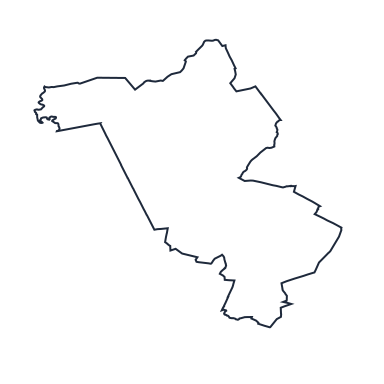 Daukstu pag., Gulbene, Latvia (Natural Earth projection), rotated 170°
{"feature_id": "27541924B23871708016043", "entity_name": "Daukstu pag.", "entity_type": "district", "adm_level": 2, "iso_a3": "LVA", "parent_name": "Latvia", "parent_adm1": "Gulbene", "projection": "natural_earth1", "projection_center": [26.741, 57.077], "detail": "fine", "context": "isolated", "style": "outline", "palette": "slate", "viewbox_px": 384, "rotation_deg": 170, "n_neighbors": 0, "source": "geoboundaries", "source_scale": "gbopen_adm2", "svg_char_len": 5770}
<svg xmlns="http://www.w3.org/2000/svg" viewBox="0 0 384 384"><g transform="rotate(170 192 192)"><path d="M318.9,321.5L319.3,321.0L319.6,320.6L319.7,319.7L319.3,318.5L319.2,317.8L319.2,317.1L319.4,316.7L319.7,316.4L321.2,315.5L322.5,315.0L324.2,313.6L324.6,313.2L325.0,312.3L324.9,311.7L323.5,309.6L323.4,309.3L323.4,308.9L323.5,308.5L323.8,308.3L324.5,308.0L325.8,307.8L326.4,307.6L327.3,307.1L327.5,306.8L327.4,306.4L326.4,305.2L325.5,304.5L323.9,303.9L322.7,302.9L322.6,302.7L322.6,302.4L322.8,302.0L324.3,301.2L326.4,299.6L327.3,299.6L329.2,299.7L330.1,300.2L330.7,300.3L332.1,300.2L332.9,299.9L333.0,299.6L332.8,299.3L332.8,298.2L331.9,297.2L331.7,296.6L331.7,296.4L331.9,296.1L332.0,295.9L332.0,295.7L331.9,295.6L331.1,295.0L331.5,292.4L331.4,290.6L331.4,289.4L331.2,288.8L330.2,287.3L329.9,286.8L328.7,286.2L327.9,286.1L327.5,286.1L327.2,286.2L327.8,287.2L328.2,287.6L329.4,288.4L329.5,288.7L329.4,288.9L329.1,289.1L328.4,289.6L328.2,289.9L327.9,290.7L326.9,291.0L326.0,291.2L324.9,291.2L323.1,291.0L322.5,290.8L322.1,290.5L322.0,289.4L321.7,288.8L321.2,288.5L320.0,288.0L319.6,288.3L319.5,288.6L319.7,289.1L319.9,289.4L319.8,289.6L319.5,290.0L319.1,290.2L317.9,290.7L317.0,290.7L315.7,290.1L313.6,289.7L313.2,289.5L313.0,289.3L313.0,288.9L313.1,288.7L313.5,288.1L314.0,287.9L315.6,287.4L316.0,287.2L316.9,286.8L317.2,286.6L317.4,286.2L315.8,284.6L315.4,284.3L314.9,283.7L314.4,283.5L312.6,283.2L312.2,283.0L311.9,282.5L311.8,281.7L312.0,279.9L311.7,279.4L311.5,278.3L311.4,278.0L311.5,277.3L312.1,276.3L312.4,276.0L312.8,275.8L313.3,275.6L314.5,275.5L314.6,275.3L277.2,275.7L276.8,275.7L273.6,275.7L270.4,275.6L270.5,275.5L269.2,271.0L267.1,263.9L267.1,263.7L266.2,260.8L266.1,260.7L257.1,231.1L257.2,230.9L253.1,217.4L253.1,217.2L252.9,217.1L249.6,206.2L249.2,205.3L249.0,204.5L248.9,204.1L245.9,194.2L244.9,191.3L242.5,183.3L241.9,181.6L240.6,177.2L240.4,177.0L235.6,161.4L232.4,161.4L228.9,161.0L222.2,160.5L223.9,155.8L224.0,155.7L225.4,152.3L227.2,147.3L225.1,145.2L225.1,144.9L223.5,143.2L222.8,142.7L223.4,138.1L218.0,138.9L212.4,133.1L198.0,126.8L200.2,124.6L199.7,122.5L197.9,121.8L188.2,118.9L186.0,118.1L185.5,118.2L185.1,118.5L183.5,120.2L183.2,120.6L181.4,122.2L181.1,122.4L174.7,124.3L173.3,125.0L172.3,123.5L171.9,122.5L171.7,121.9L171.8,119.9L171.4,116.2L171.3,115.4L171.2,115.4L171.2,113.6L171.4,113.5L171.6,112.9L171.7,112.6L172.0,112.1L173.1,111.3L173.6,110.9L173.4,110.8L175.3,109.8L177.3,108.5L177.7,108.1L178.8,106.6L176.1,104.5L174.7,102.7L175.0,99.8L170.9,98.7L165.6,97.5L167.2,94.3L167.8,92.9L168.7,91.2L174.9,82.5L174.6,82.4L178.5,76.7L180.2,74.4L180.2,73.9L180.5,73.7L181.1,73.0L181.3,73.0L183.2,70.3L181.2,70.6L179.5,69.7L179.0,69.5L178.9,69.3L178.9,69.1L179.6,68.8L180.6,68.1L180.8,67.8L181.4,66.9L181.2,66.6L181.4,66.3L181.4,66.1L181.1,65.6L179.6,64.9L179.3,64.5L178.9,64.1L178.4,64.1L177.7,63.5L177.1,62.3L176.9,61.7L176.1,61.3L174.4,60.7L173.5,60.7L171.9,60.0L171.4,59.7L170.9,59.0L170.7,58.9L170.4,58.9L169.0,58.2L167.8,58.6L167.2,59.2L165.8,59.2L161.7,59.6L154.7,58.5L155.5,57.1L151.3,54.3L149.3,51.7L149.7,50.8L143.9,47.7L140.8,46.2L139.0,45.3L138.4,45.3L130.6,52.1L126.1,53.6L125.4,56.2L125.5,56.4L124.7,62.6L121.1,63.3L113.7,64.5L117.2,66.2L121.3,67.9L117.7,68.6L117.4,69.4L116.6,73.3L117.8,75.6L117.8,76.0L119.7,79.3L119.7,80.9L119.8,81.0L119.7,81.3L119.7,86.6L114.4,87.7L106.1,88.9L96.9,90.0L92.3,90.7L86.5,91.4L85.4,91.5L84.8,92.3L83.7,93.8L81.0,97.8L79.2,100.5L70.9,106.4L69.1,107.7L68.0,108.5L67.6,108.6L66.0,109.8L62.8,113.5L55.0,122.5L51.5,128.6L51.5,129.9L51.0,130.9L58.4,136.8L63.7,140.5L66.8,143.0L69.8,145.2L75.0,148.9L72.9,150.6L72.1,151.8L71.9,152.3L71.4,152.6L70.9,153.0L71.2,153.4L70.6,153.9L70.2,155.0L69.9,155.4L69.4,155.6L68.4,155.8L70.1,157.3L71.4,158.4L72.4,159.3L75.2,161.7L79.9,165.3L83.7,168.4L87.3,171.0L91.6,174.5L89.0,179.9L89.9,179.9L92.7,180.5L93.0,180.7L93.7,180.5L94.1,180.6L94.3,180.7L94.2,180.9L95.4,180.9L97.2,181.0L97.6,181.2L99.4,180.9L101.6,180.7L102.9,181.2L107.9,183.4L111.2,184.6L122.4,189.6L129.9,192.6L132.2,193.1L138.2,193.7L143.4,197.8L142.2,198.1L141.3,198.6L141.0,198.9L140.1,200.5L139.3,201.1L138.5,202.3L137.5,203.0L136.0,203.5L134.6,204.3L134.1,204.8L133.7,205.3L133.7,206.5L133.6,206.8L132.1,208.6L129.2,211.8L128.0,212.8L126.9,213.5L122.0,216.0L117.8,219.0L111.4,222.4L109.9,222.5L108.2,221.9L106.4,221.8L105.6,221.9L103.0,222.5L102.9,223.3L103.0,223.7L102.9,224.1L102.4,225.0L102.1,226.9L102.1,227.5L101.8,228.2L101.1,229.6L100.3,230.8L98.4,232.3L98.1,233.4L97.4,234.2L97.5,235.3L98.2,236.2L97.5,237.3L97.1,238.5L97.1,238.9L97.4,239.4L97.5,239.7L97.4,240.3L97.5,240.8L97.8,241.8L98.2,242.5L98.4,242.9L98.0,243.6L97.8,244.1L97.3,245.0L95.7,246.4L95.3,246.4L94.8,246.7L94.3,247.1L93.6,247.4L92.9,247.6L92.2,247.5L93.2,249.4L95.4,254.1L96.2,255.7L97.3,257.7L105.4,273.7L106.9,276.7L107.0,276.6L111.2,285.0L116.4,283.8L130.8,283.4L132.6,286.7L133.2,288.1L135.4,292.5L130.4,296.6L128.5,300.1L128.5,303.3L128.7,305.9L127.6,306.2L128.6,309.5L130.0,314.8L131.4,318.8L132.6,323.6L133.7,327.6L133.7,327.9L133.7,328.6L133.5,330.7L136.8,330.5L139.9,336.8L141.8,337.7L143.0,337.8L145.0,337.4L146.2,337.5L149.5,338.4L151.3,338.7L152.5,338.7L153.9,337.9L155.8,335.1L156.6,334.3L161.4,331.0L163.5,329.5L163.4,329.4L163.9,328.0L166.4,326.3L166.7,326.1L172.5,326.0L174.7,324.4L176.3,323.0L175.4,321.8L175.4,321.5L178.9,315.2L181.0,313.4L182.9,312.1L191.8,311.6L196.0,309.8L201.3,306.5L201.6,306.5L203.4,307.2L208.8,307.1L211.6,307.9L214.8,309.0L214.7,309.1L216.5,309.4L217.8,309.3L219.1,308.8L220.3,308.2L221.0,307.4L230.3,302.7L238.0,315.9L265.5,321.0L283.4,318.2L284.0,318.3L284.7,318.6L285.5,319.4L285.9,319.5L292.2,319.6L299.4,319.1L306.3,319.4L310.0,319.3L312.0,319.8L314.8,319.8L318.7,321.0L318.9,321.2L318.8,321.4L318.9,321.5Z" fill="none" stroke="#1e293b" stroke-width="2"/></g></svg>